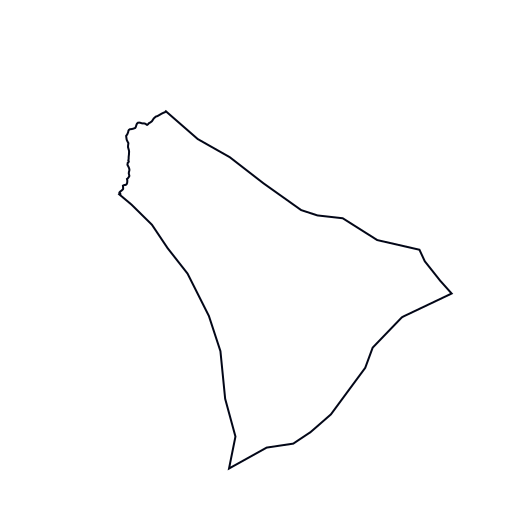 Hurghada 1, Al Bahr al Ahmar, Egypt, rotated 236°
{"feature_id": "37247803B61358518780197", "entity_name": "Hurghada 1", "entity_type": "district", "adm_level": 2, "iso_a3": "EGY", "parent_name": "Egypt", "parent_adm1": "Al Bahr al Ahmar", "projection": "albers", "projection_center": [33.55, 27.127], "detail": "fine", "context": "isolated", "style": "outline", "palette": "ink", "viewbox_px": 512, "rotation_deg": 236, "n_neighbors": 0, "source": "geoboundaries", "source_scale": "gbopen_adm2", "svg_char_len": 1692}
<svg xmlns="http://www.w3.org/2000/svg" viewBox="0 0 512 512"><g transform="rotate(236 256 256)"><path d="M383.2,177.2L368.3,181.5L340.1,187.2L312.0,187.1L279.7,189.4L232.6,183.4L197.0,173.3L154.9,150.6L117.8,138.0L94.9,114.8L94.5,119.5L91.2,157.7L79.6,182.0L79.6,187.7L79.6,188.2L79.6,188.6L79.5,202.8L82.8,229.5L93.5,259.5L102.2,284.0L114.8,301.5L123.3,341.2L123.6,342.9L123.3,345.4L115.5,397.2L133.0,394.8L133.5,394.8L156.9,393.0L157.4,393.0L169.8,395.0L201.4,365.4L238.8,349.0L255.3,329.6L268.8,319.1L312.2,302.8L352.6,289.5L385.5,273.1L426.4,262.2L426.1,261.0L426.5,259.3L426.8,257.2L426.9,255.2L427.1,252.5L427.6,250.9L427.2,248.1L426.8,247.2L425.9,245.0L425.8,242.9L426.0,241.4L425.6,240.3L425.6,239.0L425.9,238.8L427.4,238.3L428.6,237.3L429.5,235.9L430.8,234.8L431.6,234.2L432.5,232.7L432.3,231.3L431.5,230.1L430.2,228.5L429.7,227.5L429.8,227.1L429.9,226.6L430.0,226.2L430.2,225.4L430.5,224.6L431.0,223.4L431.4,222.7L431.6,222.4L431.6,221.1L431.2,220.3L430.1,219.2L428.8,217.2L428.2,215.5L426.4,214.6L424.7,213.8L422.8,213.5L420.9,213.3L420.1,212.6L419.7,212.2L419.2,211.8L417.9,210.8L415.2,209.9L414.6,209.7L413.4,209.1L412.0,208.0L411.4,207.6L409.3,205.8L407.7,204.7L406.5,203.5L405.7,203.5L405.3,203.2L405.0,202.5L405.0,201.8L403.5,200.4L400.8,200.1L399.2,199.7L398.9,199.5L398.3,199.3L397.5,198.6L396.7,197.6L396.4,197.4L396.0,197.0L395.6,196.7L393.2,195.8L392.5,194.5L392.0,192.9L392.0,192.1L390.3,191.4L388.7,190.1L387.9,188.9L387.8,187.7L388.1,187.2L388.5,186.5L388.7,185.0L387.4,184.3L386.1,183.5L385.8,183.2L385.6,182.3L385.4,181.1L385.4,180.1L385.2,178.7L384.7,177.9L383.7,178.4L382.9,178.0L383.1,177.6L383.2,177.2Z" fill="none" stroke="#020617" stroke-width="2"/></g></svg>